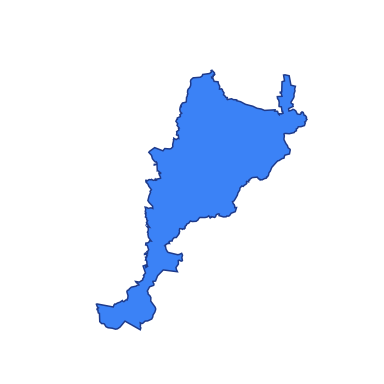 outline of Zihuateutla, Puebla, Mexico, rotated 335°
{"feature_id": "50627088B80124610237867", "entity_name": "Zihuateutla", "entity_type": "district", "adm_level": 2, "iso_a3": "MEX", "parent_name": "Mexico", "parent_adm1": "Puebla", "projection": "natural_earth1", "projection_center": [-97.808, 20.291], "detail": "fine", "context": "isolated", "style": "filled", "palette": "blue", "viewbox_px": 384, "rotation_deg": 335, "n_neighbors": 0, "source": "geoboundaries", "source_scale": "gbopen_adm2", "svg_char_len": 6094}
<svg xmlns="http://www.w3.org/2000/svg" viewBox="0 0 384 384"><g transform="rotate(335 192 192)"><path d="M58.5,279.5L62.1,281.7L64.7,284.0L66.6,284.5L69.7,284.0L76.7,280.7L86.9,295.0L88.2,293.5L88.3,291.9L89.2,290.7L89.8,288.7L90.7,289.8L91.7,290.2L95.0,289.2L97.3,290.1L101.8,290.1L103.6,288.7L104.6,287.1L107.5,285.2L109.3,283.3L109.8,282.2L109.9,280.7L108.5,273.4L110.1,270.3L110.0,268.3L109.1,266.0L109.7,264.3L109.6,262.9L113.5,260.0L117.8,260.4L118.6,259.4L118.5,257.4L118.8,256.5L121.3,257.3L125.5,253.3L133.0,250.5L145.1,258.1L145.1,255.5L145.6,253.6L149.2,251.6L150.6,248.3L151.6,248.4L152.9,250.0L153.7,250.3L154.4,250.0L155.1,247.1L156.7,245.3L156.7,243.2L153.9,243.2L152.4,242.7L145.0,236.8L144.5,235.8L144.3,232.8L145.0,230.0L144.6,229.3L145.4,229.2L145.5,228.7L147.5,228.4L148.7,228.7L149.0,228.3L149.9,229.1L150.2,227.4L151.1,227.2L153.4,228.0L154.2,226.8L156.6,225.8L158.6,226.6L162.8,224.3L162.7,223.9L164.0,222.8L164.2,221.6L165.3,220.0L166.7,220.7L167.6,221.8L168.0,221.5L169.3,222.2L169.6,221.7L170.5,221.8L171.2,220.2L172.6,219.9L173.6,218.9L176.1,218.8L178.2,217.6L179.8,218.9L183.4,220.3L185.7,219.8L186.7,219.0L188.3,218.4L192.9,220.6L195.0,221.1L197.1,220.7L197.5,223.2L198.9,222.5L199.1,223.2L200.0,223.1L201.7,224.6L202.8,224.4L204.5,222.8L206.6,222.9L207.4,223.6L206.5,224.8L210.0,227.9L212.5,228.9L213.5,228.5L214.6,229.2L216.0,229.3L218.5,227.8L222.9,228.1L225.8,224.9L224.1,224.2L224.7,223.0L224.9,221.4L224.5,220.2L224.6,217.9L226.3,217.8L228.5,216.4L231.7,214.1L233.3,212.2L236.1,210.4L237.0,208.8L239.6,207.6L240.8,208.6L242.1,208.0L244.1,207.8L245.3,207.3L245.6,205.8L246.1,205.5L247.6,206.8L248.5,205.3L249.2,205.6L250.1,204.8L252.7,204.4L257.4,206.1L257.9,208.3L258.7,209.0L258.8,209.9L259.3,209.7L260.6,210.6L263.6,210.5L265.0,210.9L265.9,210.5L266.0,210.0L267.1,210.0L268.4,209.1L269.9,207.1L271.7,206.2L274.7,203.4L281.2,200.6L282.9,200.0L284.0,200.3L287.8,199.8L289.6,200.2L291.2,198.3L291.9,197.9L296.4,198.7L298.8,195.4L298.9,194.7L297.8,192.5L298.1,190.2L297.6,187.9L297.5,183.7L297.7,182.8L299.4,180.2L299.8,178.4L300.3,178.1L301.6,178.5L304.8,180.3L309.7,181.3L310.6,180.7L312.5,180.6L313.2,178.9L314.5,178.9L315.9,177.8L318.5,178.9L322.0,179.3L323.6,177.6L323.7,176.2L324.7,176.3L325.7,175.3L326.9,174.8L326.6,173.4L327.4,172.6L327.0,170.5L326.1,170.0L326.4,167.0L326.0,166.2L325.4,165.9L325.0,166.4L324.4,166.2L324.2,166.8L323.0,167.4L321.9,166.9L320.4,165.8L320.3,162.3L319.1,160.2L318.1,159.7L316.9,160.0L314.1,159.6L314.6,157.5L315.0,157.2L319.8,157.2L320.1,155.6L320.7,155.2L319.4,153.5L319.7,152.4L323.9,149.6L324.9,148.5L325.8,146.3L328.1,143.9L328.5,142.1L330.4,139.9L326.8,137.0L329.2,127.7L325.8,125.1L324.4,124.7L322.8,130.4L320.2,130.1L315.6,139.2L314.1,138.8L313.9,139.6L314.7,139.6L314.0,143.3L309.6,141.6L309.0,143.5L309.4,145.4L308.9,147.6L307.1,151.0L307.1,151.4L309.0,152.6L307.6,157.1L308.2,157.2L307.8,159.1L306.1,159.0L304.5,158.1L303.8,159.0L303.3,158.0L303.6,155.0L301.1,153.6L302.0,152.6L292.2,148.7L289.9,146.1L286.3,143.6L283.4,140.0L277.6,135.2L274.2,130.7L271.1,128.1L271.5,127.6L270.9,127.0L268.4,125.7L267.3,124.2L263.1,123.2L263.0,122.5L263.9,121.3L262.6,120.4L262.3,118.4L261.6,117.2L262.9,115.7L262.5,113.1L262.8,112.0L262.4,111.0L260.4,110.4L261.8,107.8L261.7,105.1L262.2,103.1L258.8,101.1L259.0,98.4L258.1,97.0L258.3,96.1L259.9,96.6L260.5,95.2L261.5,95.5L262.2,95.1L261.9,94.7L262.7,93.8L262.1,91.5L261.4,90.7L261.5,90.1L260.6,90.0L260.1,91.6L257.9,92.0L251.4,90.0L250.1,91.2L248.0,91.5L241.3,89.0L238.5,89.8L237.4,91.0L236.8,93.1L235.6,95.1L233.9,96.5L232.0,97.2L231.0,98.1L230.0,99.8L229.7,101.4L228.9,101.9L228.1,103.3L227.1,103.8L225.0,107.7L224.4,108.0L221.0,107.3L218.6,108.7L218.4,108.9L218.8,108.9L218.3,110.2L217.0,110.4L215.8,112.1L215.3,114.3L216.0,116.2L214.8,116.4L214.1,117.2L213.7,117.0L213.3,118.7L210.0,118.7L209.5,119.9L209.0,119.7L207.3,121.1L207.9,124.1L206.6,125.3L207.4,128.6L206.7,128.6L206.3,130.3L203.6,130.8L203.2,132.3L202.3,133.3L202.1,133.7L202.7,134.5L203.6,134.7L202.6,137.8L202.3,137.4L199.8,137.8L198.2,135.6L197.8,136.6L197.2,136.8L197.1,137.6L194.6,140.7L193.7,142.9L191.5,143.8L189.9,143.5L185.7,141.1L183.1,142.4L176.9,136.0L170.7,137.2L169.6,137.8L170.8,141.8L170.2,145.1L170.9,148.0L171.5,149.4L172.4,149.6L172.5,150.9L172.1,151.9L169.5,151.0L169.2,151.6L172.0,152.1L169.5,158.1L170.0,158.1L171.7,161.6L171.3,162.0L169.9,161.1L169.6,163.1L169.8,164.7L169.3,166.3L165.0,165.3L165.0,166.2L164.2,166.2L163.9,166.0L164.4,165.4L164.2,164.7L163.4,165.4L161.8,165.1L160.6,163.4L160.0,163.6L158.4,162.6L156.6,162.9L155.8,162.5L155.4,163.2L155.4,162.0L155.1,161.9L154.5,163.5L155.4,166.3L155.3,168.5L156.2,172.8L154.3,173.6L154.2,174.9L151.6,177.2L148.4,181.1L148.7,183.4L150.3,188.1L149.5,190.4L148.1,189.0L145.3,188.3L144.5,186.9L143.1,185.9L142.8,188.0L141.3,190.1L141.2,190.5L141.6,191.0L141.0,192.2L140.5,192.0L140.4,193.7L139.2,195.0L139.9,196.0L139.2,198.2L139.7,199.1L138.9,199.6L138.8,200.2L137.9,200.3L137.8,201.4L137.4,201.8L138.1,201.8L138.3,202.4L137.9,202.6L138.6,205.9L136.6,204.2L137.1,206.4L135.9,208.6L134.6,209.6L134.9,210.8L134.2,211.6L133.4,214.7L134.3,219.2L132.9,218.3L131.7,219.2L130.4,219.4L128.6,218.8L127.6,220.4L128.9,221.4L128.3,226.0L127.3,226.8L126.0,226.9L126.2,228.0L125.8,228.7L124.0,227.6L123.3,228.3L122.8,228.1L122.6,228.5L123.5,228.6L124.8,230.2L124.1,230.4L124.2,231.0L123.2,231.3L123.1,231.9L122.3,231.6L122.3,232.7L121.1,234.0L121.7,234.3L121.7,235.8L120.4,239.2L120.4,240.1L119.4,240.3L119.8,240.7L118.3,240.9L119.1,238.6L116.4,238.4L115.6,245.8L112.8,247.0L113.1,247.7L112.3,248.9L110.7,249.8L110.3,250.8L106.2,251.4L103.1,249.3L103.3,250.7L104.6,252.9L104.6,253.8L102.3,253.4L101.6,253.7L96.8,252.6L94.1,253.4L93.3,254.0L91.8,253.9L90.8,254.9L90.2,259.0L88.7,261.4L87.9,261.7L87.6,262.4L86.5,261.9L83.9,262.6L83.1,261.8L83.0,260.9L80.3,261.4L77.4,261.1L75.3,261.4L74.8,260.9L73.9,261.2L72.0,262.9L58.6,253.3L57.9,253.3L57.7,256.3L58.3,257.5L56.7,257.7L56.2,258.5L57.0,259.4L56.4,260.2L56.0,262.0L56.8,262.9L53.6,270.5L54.5,273.1L56.2,273.9L56.8,274.6L57.1,277.7L58.5,279.5Z" fill="#3b82f6" stroke="#1e3a8a" stroke-width="1.5"/></g></svg>